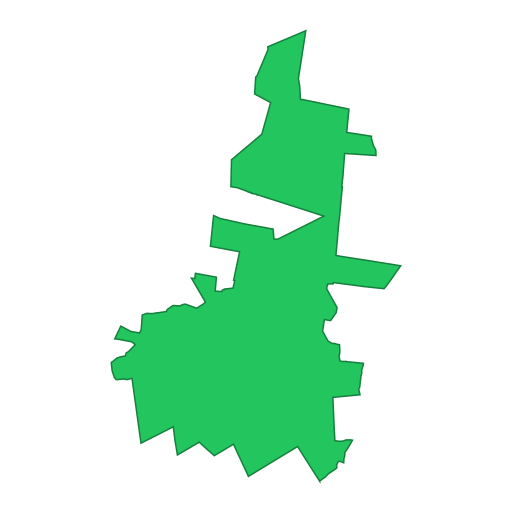 Mocochá, Yucatán, Mexico (orthographic projection)
{"feature_id": "50627088B81150073591621", "entity_name": "Mocochá", "entity_type": "district", "adm_level": 2, "iso_a3": "MEX", "parent_name": "Mexico", "parent_adm1": "Yucatán", "projection": "orthographic", "projection_center": [-89.453, 21.144], "detail": "fine", "context": "isolated", "style": "filled", "palette": "green", "viewbox_px": 512, "rotation_deg": 0, "n_neighbors": 0, "source": "geoboundaries", "source_scale": "gbopen_adm2", "svg_char_len": 4163}
<svg xmlns="http://www.w3.org/2000/svg" viewBox="0 0 512 512"><path d="M343.7,462.8L343.9,460.6L343.8,459.4L344.7,455.9L344.8,452.6L347.8,448.2L348.1,447.7L352.5,440.2L352.0,440.1L351.3,439.9L346.1,439.9L343.2,441.0L340.1,441.3L337.0,441.0L336.9,441.0L334.9,440.6L334.7,437.3L334.7,436.9L333.9,422.2L333.5,411.6L333.1,401.9L332.8,397.8L332.8,397.7L332.7,397.6L332.7,397.4L335.6,397.1L360.0,394.8L358.7,388.9L359.5,387.8L359.7,387.3L361.0,375.7L361.8,373.1L361.6,372.1L361.7,370.8L361.8,369.6L363.4,364.4L363.4,363.3L347.0,361.7L346.0,361.3L345.0,361.5L343.4,361.4L342.0,361.4L340.0,361.0L339.9,360.3L339.7,359.5L339.0,355.8L339.4,354.7L339.7,353.6L339.8,352.2L339.7,347.3L339.5,344.6L338.1,344.5L336.8,344.2L336.2,344.0L335.9,343.9L335.4,343.7L334.9,343.6L334.4,343.5L332.0,343.4L329.9,342.1L328.1,341.1L324.8,335.2L322.6,331.2L324.4,319.5L329.1,320.4L330.6,320.6L336.2,312.7L337.1,307.6L330.7,296.1L326.7,288.8L326.9,287.0L327.9,283.9L333.1,283.9L333.2,282.6L345.1,284.1L356.0,285.5L359.6,286.0L361.1,286.2L362.2,286.4L384.1,288.7L386.1,286.3L389.3,281.9L393.8,275.7L394.3,274.8L400.7,265.8L390.4,264.1L387.8,263.7L379.6,262.4L369.8,260.8L361.8,259.6L356.8,258.8L352.2,258.1L346.5,257.2L343.9,256.8L341.3,256.4L338.5,255.9L335.9,255.5L336.2,252.0L337.3,240.5L337.5,238.4L337.8,234.1L338.1,230.8L338.4,227.3L339.0,220.9L339.4,217.9L340.0,212.1L340.5,206.6L340.7,204.2L341.0,201.1L341.2,198.4L341.5,195.5L341.8,192.7L342.2,188.6L342.3,187.4L342.3,186.6L341.7,186.4L342.0,184.4L342.8,177.4L343.1,174.3L343.3,171.5L343.4,170.2L344.6,153.5L376.0,155.5L375.9,153.8L375.9,151.0L375.6,149.6L373.3,145.4L372.8,143.4L372.1,140.9L371.5,139.1L371.4,136.2L346.7,132.4L347.9,120.0L348.8,110.8L348.9,109.1L302.5,99.5L300.5,99.6L300.4,98.7L300.4,98.1L299.7,85.9L298.4,78.6L305.8,30.7L267.7,46.8L268.1,48.3L267.8,50.1L256.8,76.2L255.7,77.0L254.6,94.0L270.7,102.6L270.6,102.8L270.5,103.1L261.8,134.2L247.5,146.3L247.3,146.4L231.5,159.8L230.9,186.7L237.2,187.7L248.1,191.7L248.1,192.0L251.3,192.6L251.2,193.3L255.0,194.0L257.1,194.5L257.1,194.8L257.2,195.1L257.7,195.0L257.9,195.0L258.1,195.0L323.9,216.1L277.9,239.1L274.0,239.2L273.1,229.0L270.1,228.6L266.6,227.9L245.6,224.1L243.6,223.7L219.9,218.4L213.6,215.5L210.4,246.3L235.9,251.1L239.6,251.7L233.6,280.3L234.8,280.5L233.0,288.1L224.2,289.1L224.2,289.7L223.5,289.7L222.1,290.2L221.9,291.6L215.2,291.1L216.4,277.2L199.2,274.0L195.4,273.3L194.8,278.6L191.4,278.1L194.0,282.5L205.4,302.1L203.4,303.9L196.7,308.2L190.9,306.1L185.8,304.3L185.0,304.1L182.6,304.6L179.8,306.0L176.5,305.7L173.0,305.5L167.2,309.5L166.5,311.5L165.2,311.7L157.9,312.8L157.6,312.7L152.2,313.6L149.2,313.5L147.1,313.3L142.2,315.0L141.7,323.4L141.2,329.5L139.5,332.9L130.7,331.4L120.8,326.1L114.7,338.9L117.2,339.1L122.7,340.1L131.5,341.8L133.0,342.8L134.5,344.2L135.1,344.2L134.9,345.0L128.4,351.7L126.3,352.8L125.2,356.0L121.9,356.5L117.2,357.9L116.4,358.4L114.5,360.1L113.0,361.3L111.3,362.4L111.5,365.5L111.7,366.4L112.1,370.8L112.5,371.7L113.3,374.4L114.3,377.4L116.0,379.6L117.8,379.6L121.3,379.2L124.2,379.0L125.9,379.5L127.8,379.5L129.8,378.9L132.0,378.4L141.0,443.2L143.1,442.1L147.4,439.9L149.9,438.7L152.3,437.4L154.8,436.2L157.2,435.0L159.1,434.0L160.8,433.1L162.7,432.2L163.9,431.5L173.3,426.8L174.0,432.2L174.5,436.7L175.1,441.1L176.6,450.1L177.3,454.5L177.4,455.0L180.3,453.3L190.7,447.2L192.4,446.1L193.1,445.7L193.6,445.5L194.2,445.1L194.8,444.8L195.5,444.3L196.2,443.9L196.8,443.6L197.1,443.4L197.7,443.1L198.2,442.8L198.8,442.4L199.1,442.1L206.8,449.1L210.0,451.9L211.8,453.5L212.3,454.0L212.7,454.3L213.0,454.6L214.3,455.7L216.4,454.4L217.5,453.8L218.4,453.2L219.2,452.7L220.2,452.2L223.7,450.1L225.5,449.0L226.1,448.6L231.4,445.5L233.2,444.4L233.5,444.2L235.1,447.7L236.3,450.3L236.5,450.8L236.7,451.2L237.9,453.9L240.0,458.2L240.8,460.0L242.7,464.1L244.0,466.8L246.0,471.1L247.7,474.8L248.4,476.4L261.2,468.6L269.8,463.4L270.6,462.9L281.8,456.1L282.9,455.4L288.8,451.9L297.3,446.7L297.6,446.5L303.9,456.5L319.7,481.3L319.7,481.2L323.3,478.3L323.7,478.2L325.2,477.1L327.7,474.5L328.5,473.8L330.4,472.5L335.5,469.0L336.8,467.9L336.6,465.2L337.9,462.1L339.4,461.1L343.7,462.8Z" fill="#22c55e" stroke="#15803d" stroke-width="1.5"/></svg>